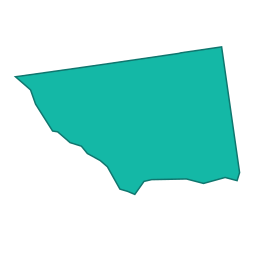 Fountain, Indiana, United States of America, rotated 262°
{"feature_id": "52423323B15325953487278", "entity_name": "Fountain", "entity_type": "district", "adm_level": 2, "iso_a3": "USA", "parent_name": "United States of America", "parent_adm1": "Indiana", "projection": "orthographic", "projection_center": [-87.288, 40.16], "detail": "fine", "context": "isolated", "style": "filled", "palette": "teal", "viewbox_px": 256, "rotation_deg": 262, "n_neighbors": 0, "source": "geoboundaries", "source_scale": "gbopen_adm2", "svg_char_len": 462}
<svg xmlns="http://www.w3.org/2000/svg" viewBox="0 0 256 256"><g transform="rotate(262 128 128)"><path d="M194.4,100.1L194.4,23.7L179.3,36.8L164.5,39.8L135.5,52.9L134.0,57.8L121.6,68.6L116.5,79.3L108.4,84.2L99.6,96.0L92.5,102.2L68.6,111.5L65.4,118.6L61.3,125.5L72.9,136.4L73.6,144.2L69.4,178.8L62.6,195.1L65.5,217.3L60.7,228.7L68.3,232.3L107.5,232.2L195.3,232.0L195.1,190.9L194.8,188.7L194.4,100.1Z" fill="#14b8a6" stroke="#0f766e" stroke-width="1.5"/></g></svg>